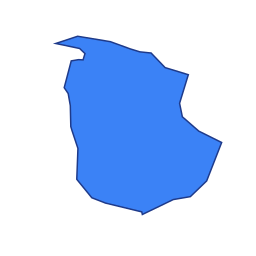 the district of Gwanak-gu, Seoul, South Korea, rotated 17°
{"feature_id": "91817680B99536699865294", "entity_name": "Gwanak-gu", "entity_type": "district", "adm_level": 2, "iso_a3": "KOR", "parent_name": "South Korea", "parent_adm1": "Seoul", "projection": "mercator", "projection_center": [126.943, 37.456], "detail": "fine", "context": "isolated", "style": "filled", "palette": "blue", "viewbox_px": 256, "rotation_deg": 17, "n_neighbors": 0, "source": "geoboundaries", "source_scale": "gbopen_adm2", "svg_char_len": 591}
<svg xmlns="http://www.w3.org/2000/svg" viewBox="0 0 256 256"><g transform="rotate(17 128 128)"><path d="M218.7,155.6L221.8,114.5L196.6,110.3L176.7,101.4L170.1,89.3L170.1,59.4L169.0,59.4L145.8,59.4L128.1,49.5L127.3,49.7L117.1,51.7L116.0,51.7L107.1,51.7L86.1,50.6L85.8,50.6L53.0,55.0L34.2,68.3L58.5,66.1L65.1,69.4L65.1,76.0L60.7,77.1L54.1,80.4L55.2,108.1L60.7,112.5L66.3,123.5L72.9,143.4L75.1,146.7L86.1,162.2L94.0,192.0L97.2,194.2L113.8,205.3L127.6,206.3L128.1,206.4L165.7,204.2L167.0,206.5L192.2,183.2L207.7,175.4L218.7,155.6Z" fill="#3b82f6" stroke="#1e3a8a" stroke-width="1.5"/></g></svg>